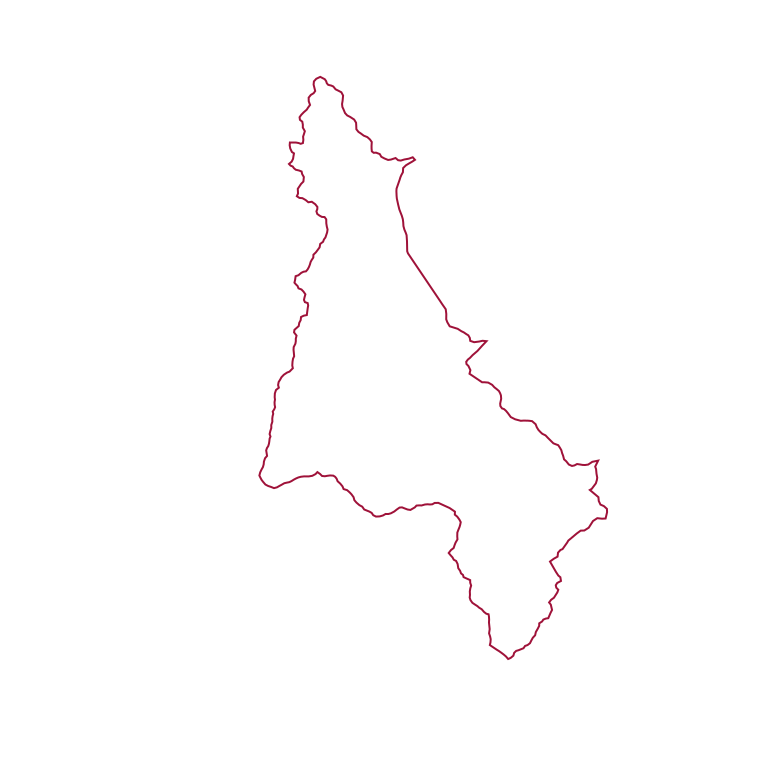 Aliança do Tocantins, Tocantins, Brazil, rotated 62°
{"feature_id": "56859067B72455784373127", "entity_name": "Aliança do Tocantins", "entity_type": "district", "adm_level": 2, "iso_a3": "BRA", "parent_name": "Brazil", "parent_adm1": "Tocantins", "projection": "albers", "projection_center": [-48.928, -11.359], "detail": "fine", "context": "isolated", "style": "outline", "palette": "rose", "viewbox_px": 768, "rotation_deg": 62, "n_neighbors": 0, "source": "geoboundaries", "source_scale": "gbopen_adm2", "svg_char_len": 6150}
<svg xmlns="http://www.w3.org/2000/svg" viewBox="0 0 768 768"><g transform="rotate(62 384 384)"><path d="M685.1,403.5L685.3,400.7L684.6,397.3L682.5,395.3L681.7,392.6L682.2,390.3L682.8,384.9L681.5,382.4L681.9,379.8L681.4,376.8L679.6,374.3L677.9,371.7L676.8,368.5L674.3,366.4L672.3,363.2L670.4,360.5L668.2,359.3L667.9,355.9L666.8,353.9L667.1,351.2L667.9,348.9L664.2,344.3L662.4,341.7L657.1,340.3L654.4,340.8L653.0,337.8L652.5,334.3L649.4,328.8L647.5,326.7L644.7,327.5L642.3,326.8L641.0,324.5L641.0,320.2L637.4,319.0L635.0,320.0L630.6,320.4L618.7,320.8L618.0,316.1L617.9,311.8L614.6,309.5L613.4,306.1L613.6,303.9L610.0,296.7L608.8,294.8L606.5,284.0L605.8,279.2L607.4,275.9L607.0,270.7L603.1,263.8L602.6,258.7L605.3,254.7L606.8,251.5L601.9,247.2L598.9,245.8L595.0,247.2L592.1,249.5L588.1,249.3L584.6,247.8L574.2,252.0L574.1,249.8L571.2,243.6L568.7,241.1L566.8,239.7L563.0,238.5L558.7,236.7L556.1,236.3L552.2,230.9L550.5,236.6L551.0,241.5L550.0,244.3L548.8,246.5L547.1,248.7L545.3,251.1L545.3,254.1L544.6,256.5L541.9,258.6L537.7,259.4L535.1,260.4L531.3,259.5L528.7,259.2L525.7,258.5L522.8,258.6L519.8,258.9L517.8,260.7L515.9,262.3L513.0,263.2L508.8,264.5L505.2,265.5L502.3,267.6L500.0,268.4L497.1,269.2L494.0,269.4L490.7,269.0L486.3,270.7L484.4,273.4L482.0,277.6L480.7,280.5L476.7,284.8L472.7,287.6L467.8,288.3L464.9,288.9L462.5,289.8L460.9,291.3L458.1,291.6L455.8,290.6L452.1,287.5L448.9,286.1L446.7,285.8L444.2,285.8L441.4,286.9L438.7,288.1L435.5,288.9L431.7,291.3L429.8,294.2L428.5,296.6L423.2,299.4L415.1,303.7L412.3,301.2L407.7,301.0L405.1,301.8L403.0,301.0L401.8,298.5L401.3,295.8L400.1,292.2L398.7,286.0L396.4,279.7L394.3,273.4L392.1,276.7L391.2,280.0L389.4,284.8L386.4,287.6L383.6,286.6L380.6,286.7L378.6,287.9L375.9,289.3L373.7,290.9L369.9,293.0L363.9,298.9L359.2,299.1L356.1,298.7L351.4,296.1L347.0,294.4L340.3,295.2L337.0,295.5L279.9,301.5L277.7,301.2L268.8,296.7L263.2,294.2L260.6,293.8L257.2,293.5L253.7,292.7L250.2,291.1L247.3,290.0L243.9,289.3L237.1,288.5L232.3,287.3L226.3,285.6L223.9,284.6L219.5,282.5L217.4,281.2L211.0,274.3L209.2,272.5L207.6,270.5L205.9,267.9L202.3,265.7L201.2,261.9L201.0,258.2L200.9,254.7L200.6,251.4L197.3,252.2L196.7,256.3L195.3,260.7L194.6,264.3L193.0,266.5L189.9,267.7L189.1,272.5L188.1,275.2L185.1,277.7L182.1,279.7L179.0,279.8L176.0,282.4L175.0,284.6L172.9,285.5L170.4,284.5L167.9,283.2L164.6,281.2L161.5,281.6L158.2,282.8L155.2,285.3L151.8,286.9L149.4,288.2L146.1,288.8L142.6,287.1L140.2,286.0L136.5,286.2L132.3,288.5L129.6,290.4L126.5,291.2L122.2,290.8L119.9,290.7L117.1,289.6L114.5,287.6L110.1,284.7L106.4,284.7L103.6,286.6L101.1,288.4L97.5,289.1L95.7,290.5L93.7,292.8L91.6,293.3L89.4,292.9L87.1,293.2L82.9,296.1L82.7,300.5L83.9,303.8L86.6,305.6L93.0,307.2L94.2,309.6L94.4,312.9L95.8,316.1L99.0,317.7L102.9,318.3L104.3,321.3L105.5,323.4L106.4,327.3L107.5,330.7L108.8,333.3L111.3,334.2L114.0,333.0L116.9,333.9L119.5,335.3L123.6,335.2L125.6,337.2L127.6,339.3L130.6,340.6L133.2,342.5L132.8,344.8L131.2,346.2L129.6,348.2L126.6,353.7L128.9,355.2L132.0,356.2L135.9,356.4L138.1,355.2L140.1,356.8L142.5,358.6L144.3,361.1L145.1,364.6L147.3,364.0L149.1,362.5L151.3,362.2L153.4,361.3L155.6,358.8L157.7,357.0L160.2,357.7L163.6,357.6L167.4,360.1L168.4,363.3L171.2,368.5L175.5,370.5L177.3,372.8L180.0,371.3L181.6,368.8L184.8,366.8L188.0,365.5L189.2,362.2L193.0,360.3L196.4,359.7L198.3,360.8L199.8,362.6L202.5,363.1L205.0,361.9L207.3,360.4L208.7,358.1L211.5,357.7L215.0,359.5L218.2,360.6L221.1,361.3L223.5,363.1L227.1,366.9L228.2,369.2L229.8,371.0L230.4,374.6L233.1,376.7L234.3,379.2L235.8,382.4L236.7,385.6L239.2,387.1L240.6,389.7L241.8,391.5L243.7,393.3L245.5,395.4L247.0,397.7L247.9,400.0L247.1,402.3L247.0,404.8L247.8,408.5L247.3,411.4L250.3,413.6L252.5,415.5L254.7,415.0L256.9,414.3L259.4,414.6L261.8,412.5L264.6,411.7L267.9,411.3L270.2,413.5L272.2,415.2L274.6,415.4L276.7,413.4L279.1,414.1L281.0,415.6L286.9,419.8L286.0,422.8L285.9,425.8L288.5,427.6L290.2,430.1L292.8,432.1L294.1,437.6L296.2,439.2L300.2,438.5L302.7,440.7L304.7,441.7L306.8,443.3L309.0,446.4L311.3,447.8L314.0,448.9L317.3,450.3L319.0,452.5L321.5,454.4L324.6,456.3L327.3,457.1L328.7,461.6L328.4,464.2L328.8,468.1L329.9,471.4L331.3,473.5L332.8,476.1L335.2,478.0L337.9,478.6L338.6,482.2L341.1,484.8L344.3,486.7L346.6,487.6L348.7,489.2L351.2,490.4L353.3,491.0L354.8,492.8L356.1,495.2L358.3,495.8L360.0,497.4L362.1,498.9L364.9,500.3L367.3,502.8L370.0,504.2L372.2,506.5L374.5,508.5L377.1,508.9L378.5,510.6L380.7,512.1L382.7,513.6L384.5,515.4L385.6,517.4L387.3,519.2L392.6,521.0L393.7,523.9L396.2,526.5L398.4,527.9L400.5,529.9L402.1,532.4L403.9,534.8L406.3,537.0L408.8,537.1L411.2,537.1L413.6,536.7L417.1,535.9L419.6,534.2L421.7,532.2L424.3,530.0L425.0,527.0L424.9,524.3L424.9,521.8L424.8,518.6L425.5,516.0L426.2,513.7L426.3,511.2L426.1,508.5L426.1,506.0L426.3,503.5L426.9,500.9L428.1,497.8L430.2,494.0L431.4,490.4L431.4,486.7L430.5,484.2L433.4,482.7L436.1,481.9L437.7,479.5L438.4,477.3L439.4,474.6L441.1,471.8L443.0,470.7L445.3,470.3L448.1,470.6L451.4,469.4L454.9,468.7L457.8,469.0L460.4,466.4L463.6,465.2L466.1,464.5L469.6,464.0L472.7,464.7L475.8,464.0L479.4,462.6L482.1,460.8L485.5,460.4L489.8,456.8L492.0,455.4L494.8,455.1L497.3,453.3L498.9,449.9L499.6,446.6L499.5,443.6L500.8,441.3L501.4,438.7L501.4,434.8L500.8,431.5L500.4,428.3L501.4,426.0L503.4,424.3L505.9,422.1L507.6,419.8L507.4,414.7L506.6,412.4L507.6,410.1L508.9,407.8L509.6,404.5L510.6,402.1L512.0,399.9L512.9,397.8L512.8,395.1L514.5,391.8L524.3,384.3L530.0,381.3L532.6,382.8L535.5,381.6L539.0,381.1L542.0,381.1L543.8,382.6L545.6,384.3L547.5,386.6L549.6,389.0L553.0,390.9L555.7,392.1L557.6,395.2L559.3,397.2L561.5,399.5L562.1,402.9L563.6,406.2L566.5,405.6L569.3,404.9L571.9,404.9L574.1,403.4L577.5,403.5L581.5,404.9L584.6,404.5L587.4,404.9L589.7,403.9L591.9,404.4L597.6,400.0L600.0,401.2L602.9,401.7L604.9,403.7L607.4,405.6L610.6,407.1L612.8,408.6L615.4,409.1L618.7,408.7L621.7,407.1L624.0,405.8L626.2,405.0L628.7,403.5L632.2,402.7L634.9,401.5L636.4,399.8L638.6,400.5L641.4,401.8L643.9,403.3L650.1,405.8L653.5,408.3L656.6,408.8L659.4,409.6L662.0,411.2L664.2,413.1L671.5,409.2L673.9,407.8L676.3,406.6L679.1,405.3L681.9,404.2L685.1,403.5Z" fill="none" stroke="#9f1239" stroke-width="2"/></g></svg>